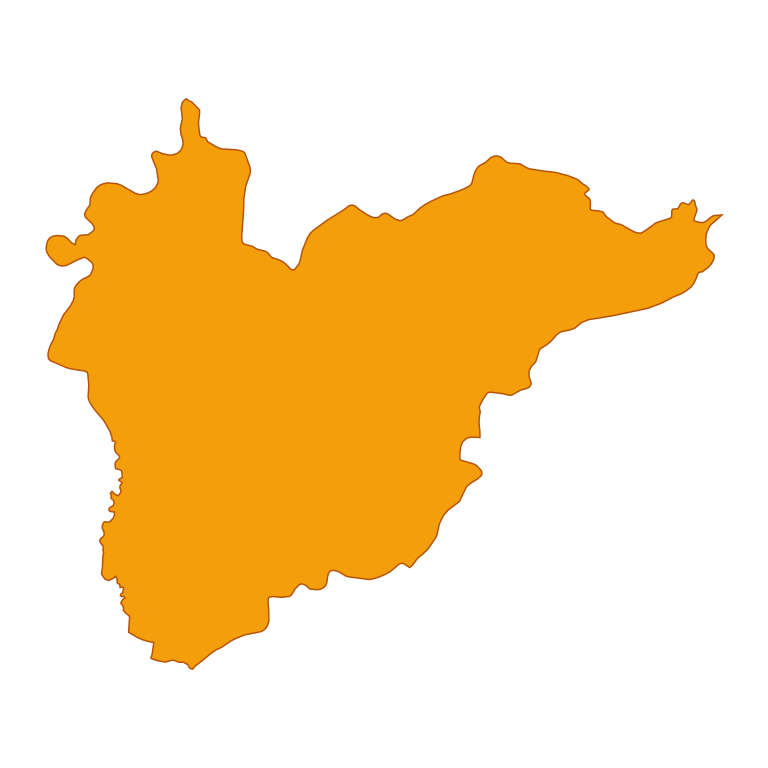 Wiang Chiang Rung, Chiang Rai, Thailand (Mercator projection)
{"feature_id": "78962969B94176504634652", "entity_name": "Wiang Chiang Rung", "entity_type": "district", "adm_level": 2, "iso_a3": "THA", "parent_name": "Thailand", "parent_adm1": "Chiang Rai", "projection": "mercator", "projection_center": [100.013, 20.012], "detail": "fine", "context": "isolated", "style": "filled", "palette": "amber", "viewbox_px": 768, "rotation_deg": 0, "n_neighbors": 0, "source": "geoboundaries", "source_scale": "gbopen_adm2", "svg_char_len": 6058}
<svg xmlns="http://www.w3.org/2000/svg" viewBox="0 0 768 768"><path d="M721.9,215.0L713.8,215.6L711.2,217.0L706.0,221.2L703.0,222.6L699.7,222.4L694.7,221.1L694.0,220.4L693.8,219.4L696.8,210.9L696.9,209.2L695.4,205.1L694.6,201.2L693.8,200.2L692.6,200.0L689.1,204.4L687.7,204.6L684.3,203.1L682.0,202.8L680.4,204.2L677.9,208.7L672.6,209.2L671.8,210.8L671.6,216.9L670.6,218.1L656.0,222.8L646.7,229.7L641.2,233.1L637.2,233.0L633.2,231.4L621.1,224.6L614.6,222.9L606.2,216.5L602.9,212.0L600.1,211.2L591.6,210.2L590.6,209.7L590.2,208.3L590.4,202.4L589.9,199.5L589.1,198.3L585.2,195.3L584.5,194.2L584.8,193.3L589.0,189.8L588.9,188.8L586.6,186.3L582.1,183.5L578.8,180.3L576.3,178.9L567.8,175.6L555.4,172.4L541.8,170.8L529.4,168.8L526.5,167.6L519.8,163.8L510.1,163.2L506.7,162.2L500.7,157.0L497.5,156.0L495.0,155.9L490.9,157.4L486.0,162.0L479.5,165.7L477.6,167.4L475.5,170.7L474.0,174.4L471.9,183.0L470.0,185.5L465.3,188.2L459.5,190.7L450.7,193.8L442.7,195.9L431.2,201.2L425.3,204.4L419.5,208.5L413.4,214.3L408.0,216.8L402.0,220.4L399.3,220.6L394.7,218.8L388.2,214.2L385.6,213.2L382.5,213.8L378.1,217.5L376.0,217.7L372.9,217.4L368.3,215.4L359.3,209.5L354.6,205.7L351.8,205.1L349.2,205.6L343.9,209.8L326.4,220.7L312.9,230.7L309.8,233.9L307.1,238.5L302.3,250.6L300.1,260.8L299.0,263.9L294.9,269.2L293.6,269.8L291.9,269.7L290.6,269.0L286.5,264.7L283.0,261.8L280.0,260.3L271.4,257.2L267.8,252.8L266.2,251.7L264.9,251.1L257.3,249.3L252.1,246.2L245.5,244.6L242.8,243.2L242.0,241.2L241.7,236.5L243.6,210.4L243.8,199.4L245.7,186.1L249.9,174.3L250.4,171.5L250.1,167.6L245.2,154.1L244.5,152.7L242.7,151.3L238.9,150.3L235.3,149.7L222.2,149.0L219.3,148.2L215.5,146.4L207.7,141.7L205.7,137.9L200.9,136.9L199.8,134.7L198.6,125.6L198.6,120.9L199.6,113.3L199.5,109.8L191.7,101.9L188.3,100.4L186.5,98.8L184.6,99.8L182.3,102.6L181.0,108.3L181.9,113.8L182.3,119.6L180.9,124.9L180.4,128.7L180.9,134.2L182.6,139.1L183.1,142.5L182.7,145.7L181.3,149.4L180.0,151.1L177.4,153.3L172.1,155.1L169.7,155.1L163.4,154.0L156.4,151.2L153.6,152.2L151.9,154.3L151.7,156.0L152.0,157.7L156.6,169.0L158.2,180.5L157.8,183.2L155.3,187.8L151.5,191.0L148.2,192.8L144.9,193.9L139.9,194.6L135.2,193.3L121.7,185.5L117.1,183.7L107.6,182.9L103.0,183.9L100.3,185.0L96.8,187.4L93.0,192.7L90.4,197.7L89.9,204.9L85.9,210.8L84.7,213.8L84.8,215.7L85.7,217.7L90.1,221.6L93.1,225.0L94.4,228.3L94.0,230.2L88.2,234.8L81.5,235.1L78.9,236.0L76.0,240.0L75.3,244.6L71.9,243.1L67.9,239.0L65.5,237.0L63.5,236.1L57.3,235.5L52.9,236.2L49.9,237.8L48.0,240.3L47.1,242.5L46.1,248.1L46.6,251.7L49.7,257.0L56.6,264.0L58.6,265.3L62.2,266.0L66.4,265.5L77.7,259.8L84.5,257.2L87.3,258.8L91.8,262.5L92.5,263.5L93.2,265.4L93.0,268.9L90.5,274.7L87.9,276.7L83.1,278.9L79.4,281.6L76.5,284.8L74.5,288.0L74.1,292.2L74.3,296.6L73.2,300.6L70.4,305.9L63.5,314.9L58.8,324.7L57.2,329.8L55.1,333.6L53.8,338.8L50.4,345.4L49.0,349.3L48.1,353.3L48.1,356.4L48.6,358.8L50.4,360.7L66.4,367.6L70.4,368.8L84.4,371.0L87.2,372.3L87.8,373.8L88.8,385.3L88.1,397.1L89.1,400.8L90.7,404.0L94.6,409.7L104.0,420.8L110.1,431.6L112.0,437.8L112.3,440.9L114.5,441.2L115.4,442.7L114.5,445.8L114.7,450.0L116.1,452.8L119.1,455.7L119.6,457.4L119.1,458.4L115.9,461.4L115.1,463.7L115.1,465.2L115.4,467.9L115.9,468.8L120.2,469.8L121.3,470.7L121.8,471.9L122.4,477.4L119.6,478.9L118.7,480.1L121.4,482.1L122.0,483.0L121.8,483.6L120.3,485.1L119.8,487.6L121.2,491.6L118.8,495.1L117.8,495.7L114.9,494.1L112.1,491.5L111.5,491.6L110.9,492.4L110.4,493.8L111.4,495.1L111.0,498.0L111.6,498.9L113.6,500.3L114.1,503.2L112.9,506.0L110.3,507.2L109.3,508.1L108.9,510.1L110.0,511.5L114.4,512.0L114.4,515.6L112.6,518.9L109.8,521.8L108.6,522.2L104.9,521.8L103.6,522.4L102.2,526.1L102.1,527.9L103.9,531.6L104.2,534.8L103.3,536.6L100.4,538.8L99.7,540.9L101.1,543.7L103.0,546.0L103.5,547.3L102.9,549.3L103.6,552.6L102.9,555.8L102.5,565.8L101.6,574.3L105.0,579.1L108.6,580.5L109.8,580.2L110.9,579.2L113.4,578.4L115.7,576.2L117.3,579.8L117.0,581.8L117.3,583.0L119.8,584.6L120.1,587.6L122.4,587.0L123.6,587.5L122.8,592.4L121.0,593.9L120.4,595.7L121.6,596.6L123.5,596.3L124.6,597.2L124.8,598.0L122.9,599.2L120.7,603.1L122.5,605.3L123.7,608.2L123.3,610.2L125.6,613.1L128.9,615.6L129.6,617.1L128.6,632.3L137.9,637.7L143.6,640.1L149.5,641.8L153.8,642.4L152.2,653.9L150.9,658.3L156.0,660.3L165.2,662.1L172.3,660.1L175.1,660.7L178.8,662.2L183.3,662.2L187.9,664.7L189.2,667.4L190.1,668.4L192.6,669.2L195.5,665.8L204.0,659.3L211.0,653.3L216.4,649.7L220.3,648.0L223.4,646.1L229.1,642.1L233.8,639.4L244.1,635.0L260.2,631.8L263.0,630.7L265.4,628.8L267.7,625.2L268.9,621.0L268.7,610.3L268.0,601.5L268.5,597.8L269.5,597.0L273.6,596.6L281.7,597.3L289.5,596.4L291.5,594.9L295.1,588.8L299.2,584.8L300.7,584.0L302.4,584.0L305.7,585.3L310.0,589.1L317.5,589.7L320.5,589.2L323.0,588.0L325.6,585.6L326.7,583.2L327.7,576.0L328.6,573.2L330.0,571.3L332.2,570.4L333.7,570.3L339.0,571.8L345.7,576.0L348.9,576.9L369.1,579.5L372.0,579.1L378.6,577.2L385.9,574.1L390.3,571.6L398.9,564.3L401.0,563.4L403.7,563.6L409.6,567.5L412.6,565.2L416.1,560.1L418.9,557.1L422.2,554.6L428.0,549.0L435.9,537.5L437.0,534.7L439.3,524.1L442.6,517.0L444.4,514.3L448.1,510.1L459.5,501.4L465.7,488.3L467.3,486.0L470.4,483.4L477.3,479.1L480.1,476.8L481.6,474.9L481.9,472.6L481.2,470.5L476.7,465.7L473.8,464.0L460.7,460.1L459.8,458.3L459.9,453.3L460.8,446.3L461.6,444.2L462.7,441.8L466.0,438.8L467.5,437.9L471.4,437.1L480.0,437.5L479.9,431.3L479.0,423.5L479.2,418.3L480.2,411.6L479.4,408.3L479.4,406.3L482.6,400.1L486.9,393.5L488.6,392.4L490.8,392.2L502.6,393.7L508.9,395.1L511.6,395.2L520.6,390.1L526.6,388.5L529.1,387.3L530.9,384.9L531.1,382.9L528.9,375.6L529.2,370.8L531.4,366.4L535.7,361.9L539.4,350.0L540.1,348.9L546.2,345.1L550.1,342.1L556.9,334.6L561.0,331.7L569.3,330.1L574.7,328.2L581.3,322.7L588.0,319.8L613.4,315.6L648.1,308.2L661.8,303.0L672.9,297.2L681.5,293.7L686.2,290.8L690.8,287.2L693.6,283.8L696.5,277.6L698.2,272.9L699.9,272.1L702.3,271.8L708.0,267.6L711.3,263.9L713.7,259.6L714.3,255.6L713.7,254.2L707.6,248.5L706.1,245.3L705.7,239.2L706.4,233.5L708.9,227.6L710.7,224.9L721.9,215.0Z" fill="#f59e0b" stroke="#b45309" stroke-width="1.5"/></svg>